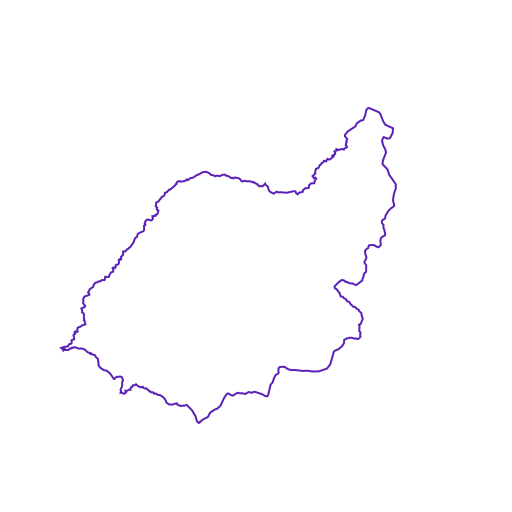 La Vega, Cauca, Colombia (Albers equal-area conic projection), rotated 299°
{"feature_id": "7082276B89331867807141", "entity_name": "La Vega", "entity_type": "district", "adm_level": 2, "iso_a3": "COL", "parent_name": "Colombia", "parent_adm1": "Cauca", "projection": "albers", "projection_center": [-76.765, 2.053], "detail": "fine", "context": "isolated", "style": "outline", "palette": "violet", "viewbox_px": 512, "rotation_deg": 299, "n_neighbors": 0, "source": "geoboundaries", "source_scale": "gbopen_adm2", "svg_char_len": 6053}
<svg xmlns="http://www.w3.org/2000/svg" viewBox="0 0 512 512"><g transform="rotate(299 256 256)"><path d="M432.3,283.2L427.1,283.9L425.8,282.9L425.4,282.0L420.8,279.8L417.5,280.1L409.7,276.0L405.3,275.1L403.9,275.6L402.4,279.2L400.5,279.3L400.0,280.0L398.7,279.9L397.7,280.7L396.4,280.7L395.8,282.5L395.2,282.8L392.5,281.0L391.7,281.2L390.9,278.7L389.0,277.2L388.5,274.9L387.8,275.7L387.3,275.6L386.6,274.2L385.4,273.9L384.2,275.7L383.4,275.7L380.8,274.1L380.5,274.5L380.9,275.5L380.2,275.6L379.1,274.6L377.7,274.5L375.8,273.4L375.5,271.3L372.9,271.5L372.2,269.3L370.4,269.3L369.2,268.4L367.4,268.4L366.4,267.7L363.5,267.9L361.2,266.2L357.6,267.2L356.9,267.9L353.3,266.7L352.2,268.9L353.3,269.7L352.9,271.1L350.4,270.9L347.8,271.7L346.5,269.2L344.0,268.1L340.9,269.0L339.1,266.2L336.2,265.1L334.9,265.8L332.0,262.8L330.2,262.6L330.3,260.9L331.6,259.2L331.2,257.9L326.2,252.2L323.4,246.0L322.4,244.8L322.4,243.0L319.2,241.2L318.9,237.9L319.6,235.4L322.5,232.7L322.9,230.0L323.7,228.9L320.4,228.1L318.7,225.3L318.9,223.1L319.5,222.7L319.2,219.5L319.6,218.2L318.9,217.6L318.5,214.5L317.1,212.2L316.2,209.4L315.0,208.6L314.4,207.3L315.6,204.4L315.5,202.5L314.3,199.3L312.9,198.6L312.9,197.4L312.2,196.6L312.4,192.6L311.7,190.8L312.1,189.3L310.5,187.0L308.8,186.1L308.0,185.0L307.5,183.0L305.8,181.5L306.1,180.3L305.1,177.2L305.8,174.9L305.5,171.5L303.4,168.7L299.0,166.0L298.5,165.2L294.2,163.1L292.3,160.8L289.5,159.9L289.4,158.2L288.2,158.2L286.5,156.7L284.5,154.1L284.4,152.9L283.4,151.5L281.7,151.0L280.6,151.6L279.9,151.0L278.6,151.0L272.6,148.8L271.9,147.8L268.9,147.2L267.1,145.7L265.5,146.4L263.7,146.2L261.7,144.8L260.4,145.0L259.2,144.5L256.5,144.3L254.2,142.8L252.2,143.9L251.0,144.0L250.3,146.2L248.7,146.6L248.3,147.4L248.5,148.5L246.9,149.2L243.9,149.1L243.3,148.1L242.3,148.6L240.6,146.1L238.7,147.8L236.6,147.4L235.9,146.3L235.5,143.7L234.6,142.9L232.2,142.4L231.1,143.1L230.3,143.0L229.6,144.1L228.1,143.4L224.6,145.5L223.1,145.5L219.6,142.7L218.0,141.9L214.9,142.6L213.1,141.6L208.2,142.3L202.8,141.7L201.6,141.0L200.6,141.0L199.6,140.1L196.7,139.5L196.1,138.2L195.3,137.6L192.7,139.2L189.6,138.3L188.2,139.6L187.5,139.7L187.1,139.3L187.0,138.2L186.2,137.8L183.6,139.5L182.1,139.6L180.0,137.7L178.6,138.5L177.2,138.6L176.9,136.9L176.0,136.4L174.4,138.2L173.1,138.6L171.0,137.0L166.2,137.3L164.7,134.2L162.3,135.2L161.4,135.1L160.3,132.9L158.1,132.0L157.7,130.8L155.7,129.6L154.7,128.4L151.4,128.1L150.2,128.6L146.1,126.6L144.9,127.0L142.7,126.8L141.8,128.8L141.1,129.0L137.2,125.5L134.1,125.9L132.7,127.0L131.0,127.5L129.4,130.8L128.2,130.8L125.5,128.7L123.8,130.6L122.4,131.1L122.2,132.9L121.4,134.1L119.1,135.0L117.6,136.4L116.5,136.4L116.2,137.4L113.5,139.9L111.3,137.7L109.5,137.0L106.8,134.8L105.4,135.2L103.5,136.6L102.9,136.4L102.6,134.6L101.8,134.3L101.0,134.4L100.7,135.4L100.2,135.6L98.3,134.7L95.4,137.3L94.8,137.2L93.0,135.5L90.5,136.9L89.8,136.9L88.3,135.4L85.7,135.3L83.6,132.4L81.1,130.2L80.9,131.8L80.4,132.5L81.1,132.7L80.3,133.4L81.1,133.6L81.2,134.1L81.9,134.1L81.6,135.1L82.9,137.5L85.4,138.5L85.6,139.2L86.8,139.7L87.1,140.7L88.0,141.1L88.8,143.1L89.0,145.9L90.7,148.4L91.2,151.9L90.5,154.0L90.2,156.0L90.6,157.4L90.1,158.5L90.9,158.9L90.3,159.8L90.9,161.5L91.1,163.3L90.0,165.0L89.2,167.8L84.0,171.4L82.8,174.0L82.4,178.4L83.3,180.6L82.8,183.9L81.9,186.7L79.6,191.1L79.8,191.7L82.6,192.6L84.9,196.0L84.9,197.6L82.8,199.9L80.7,200.1L77.6,201.9L73.3,202.4L72.3,203.5L70.7,203.9L71.6,205.0L71.3,207.0L71.9,207.7L73.7,208.5L74.8,207.1L75.7,208.7L77.5,209.7L78.1,211.1L79.3,210.5L80.8,210.4L81.5,211.2L83.2,211.0L84.3,212.7L85.6,213.2L85.0,216.2L85.2,218.7L85.8,219.1L85.8,220.0L86.7,220.5L86.1,221.9L86.5,223.8L87.1,224.3L86.3,227.0L86.4,228.3L85.9,228.8L86.3,229.7L86.0,230.4L86.2,231.2L86.9,231.9L86.7,233.1L86.2,233.7L87.2,235.2L86.9,237.6L87.7,239.5L87.8,241.4L87.3,244.1L86.2,246.5L84.5,248.5L84.0,251.8L85.3,254.7L88.8,258.1L87.9,259.3L88.3,262.8L90.9,266.5L92.0,267.3L92.0,268.2L89.7,275.6L87.7,278.5L86.8,280.6L82.7,284.6L82.3,287.0L83.1,287.5L84.1,287.4L84.7,288.1L86.6,288.4L92.0,292.0L96.0,291.8L97.6,292.2L101.9,294.5L103.5,296.1L107.9,297.5L117.0,296.9L121.4,297.4L122.4,298.5L122.2,301.1L122.6,303.4L127.4,306.1L128.1,308.5L129.3,310.5L130.1,313.5L133.6,315.6L134.1,318.3L135.9,319.8L136.7,320.9L138.1,328.5L138.0,332.1L138.7,333.8L140.3,334.0L150.4,331.2L153.7,331.8L156.9,331.1L161.3,330.8L163.7,332.2L164.6,332.3L165.2,332.3L166.0,331.5L168.7,330.1L170.6,330.8L172.9,334.5L172.5,339.2L173.7,343.0L175.1,345.1L178.1,352.5L180.7,356.8L182.2,361.1L185.5,366.8L191.9,372.6L197.1,373.5L210.2,370.5L210.9,370.6L214.8,373.5L218.9,375.0L222.7,375.2L225.3,373.8L227.8,375.3L229.9,377.6L230.7,378.9L231.5,382.2L232.3,383.3L232.5,385.1L233.9,386.1L235.3,386.4L236.1,386.5L237.6,385.2L239.2,384.9L239.9,384.2L240.4,382.7L244.8,380.6L245.6,379.4L246.1,379.4L247.2,380.5L252.9,379.8L255.8,376.7L257.2,375.8L257.9,372.8L258.8,371.7L258.6,369.7L259.2,368.6L259.4,367.0L258.7,365.9L260.1,361.1L261.0,360.2L260.7,357.4L261.9,355.5L261.7,353.6L262.4,351.6L261.7,349.8L264.3,346.7L266.1,342.3L266.0,340.8L267.3,339.4L272.9,340.9L276.5,342.5L277.3,344.6L276.8,346.7L277.2,346.8L277.6,351.5L278.7,353.6L279.0,357.3L279.5,357.9L286.0,360.8L288.0,360.1L290.2,360.1L291.6,359.4L293.6,359.2L295.1,359.9L295.9,359.8L301.3,356.9L302.7,354.2L303.5,353.7L308.0,353.5L311.2,350.3L313.2,348.9L315.5,349.2L317.5,350.3L319.8,349.6L320.5,349.9L322.8,354.0L322.6,357.1L323.1,359.0L326.3,359.8L329.7,357.3L332.0,356.6L333.9,357.1L336.5,358.7L337.6,358.5L341.5,355.2L342.1,353.9L345.0,352.5L345.8,350.3L347.4,349.3L349.0,349.2L350.5,350.3L351.8,350.6L354.0,349.7L359.5,349.9L362.6,350.7L365.8,352.3L367.2,352.5L370.8,349.1L372.3,348.3L377.1,346.6L383.5,345.3L384.8,344.1L386.4,343.7L391.7,333.0L395.0,329.6L395.8,328.1L397.6,322.2L401.0,320.7L409.8,319.5L412.2,317.0L414.4,313.6L418.0,310.3L420.9,309.9L422.0,310.1L422.2,313.5L423.3,315.4L424.3,316.0L429.8,315.9L434.1,313.9L433.5,305.5L435.3,302.2L440.5,295.8L441.3,293.9L441.2,292.4L440.2,282.9L439.7,282.3L437.2,281.7L432.3,283.2Z" fill="none" stroke="#5b21b6" stroke-width="2"/></g></svg>